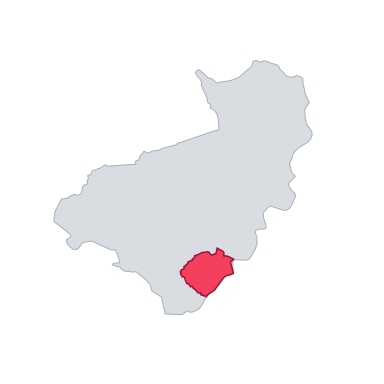 location of Soum, Soum, Burkina Faso, rotated 162°
{"feature_id": "67063806B70466570504467", "entity_name": "Soum", "entity_type": "district", "adm_level": 2, "iso_a3": "BFA", "parent_name": "Burkina Faso", "parent_adm1": "Soum", "projection": "robinson", "projection_center": [-1.051, 14.286], "detail": "fine", "context": "in_parent", "style": "filled", "palette": "rose", "viewbox_px": 384, "rotation_deg": 162, "n_neighbors": 0, "source": "geoboundaries", "source_scale": "gbopen_adm2", "svg_char_len": 7126}
<svg xmlns="http://www.w3.org/2000/svg" viewBox="0 0 384 384"><g transform="rotate(162 192 192)"><path d="M279.8,242.9L270.6,243.3L267.3,244.4L265.3,244.4L265.2,243.5L265.0,242.9L253.4,239.8L245.3,237.9L237.1,235.9L236.7,237.8L235.5,239.0L233.7,239.1L232.5,238.8L231.7,240.3L230.3,242.3L228.4,243.3L226.5,244.5L225.5,245.5L224.7,245.6L222.9,243.0L220.4,242.8L215.7,243.2L213.6,242.5L210.7,242.2L204.0,242.7L193.2,241.7L191.4,242.2L191.0,242.7L180.3,242.8L168.5,242.9L158.6,243.1L150.0,243.2L150.0,242.7L147.3,242.7L146.9,243.5L144.5,253.6L144.2,259.1L145.5,262.5L147.0,264.7L148.6,265.6L148.8,266.8L147.4,268.4L147.6,270.0L149.1,271.7L149.5,273.4L148.7,275.3L148.9,279.7L150.0,286.7L150.0,291.2L148.9,293.3L149.5,296.9L151.6,301.9L151.9,304.0L151.2,305.0L149.4,306.3L147.6,306.3L145.6,303.2L144.6,301.9L143.0,298.8L141.5,295.7L139.6,294.3L137.7,293.1L135.4,289.1L133.2,287.3L130.8,287.8L127.4,287.1L120.5,286.1L113.0,286.4L109.9,287.3L106.9,288.7L99.1,291.9L96.1,293.4L93.7,297.4L91.1,297.3L88.5,296.0L86.8,294.2L83.3,294.6L79.9,292.9L76.6,289.5L74.2,288.3L71.1,285.9L70.2,281.2L68.3,277.9L66.5,273.3L63.8,271.2L60.8,270.1L56.5,270.3L53.7,268.5L51.5,265.8L52.1,263.5L53.1,260.2L53.2,257.0L53.9,251.8L53.5,245.4L52.8,240.9L55.1,239.0L57.9,237.3L59.6,234.3L61.4,227.4L62.1,221.5L61.6,219.3L60.7,217.5L60.0,215.0L59.6,211.8L60.1,209.1L62.1,206.6L64.7,204.5L66.6,203.5L71.4,202.4L77.5,200.9L81.0,199.1L83.6,197.3L85.0,195.9L86.5,193.0L88.8,190.8L90.6,188.5L90.9,182.2L90.9,178.6L89.6,176.7L88.8,175.0L97.9,170.1L97.9,166.6L96.7,162.7L94.9,159.6L94.3,156.9L96.8,153.7L99.0,151.4L100.6,149.3L104.2,146.3L107.8,145.5L111.2,146.6L121.0,153.9L122.7,154.3L124.7,153.8L127.3,151.9L130.7,150.4L131.9,145.5L131.8,138.4L132.6,135.1L134.4,134.5L140.0,135.9L141.5,136.0L143.2,135.5L144.4,134.2L144.3,131.9L144.1,129.9L145.9,123.3L149.3,118.3L156.1,112.1L158.2,110.8L160.7,110.2L172.8,114.5L174.8,113.4L177.8,102.8L181.1,101.8L185.1,101.6L187.7,100.7L189.0,100.0L194.8,96.0L205.0,90.5L210.5,88.1L211.6,87.3L215.5,83.4L220.7,78.9L224.0,78.0L228.6,77.7L231.5,78.4L232.3,79.7L233.3,80.3L239.3,78.4L247.9,81.5L255.3,84.4L254.8,86.3L254.8,89.6L254.2,94.9L253.4,101.2L256.5,105.3L260.2,109.6L261.2,111.3L260.2,115.7L260.9,118.2L262.8,122.4L266.2,127.8L269.6,133.3L271.9,134.0L274.1,134.4L275.5,135.4L277.5,136.4L279.5,137.0L281.2,138.2L282.3,139.4L283.7,142.8L287.6,145.0L290.2,147.3L289.2,148.4L285.8,147.9L282.7,147.0L282.3,148.6L282.2,154.8L282.7,160.0L283.4,160.7L286.6,161.7L294.1,168.4L300.9,174.8L303.2,176.5L307.0,177.1L311.2,177.4L313.0,176.8L317.1,173.6L319.2,173.2L321.2,173.3L322.3,173.8L324.3,176.4L326.1,180.4L326.7,183.3L326.5,184.9L325.9,185.5L322.5,186.2L321.1,186.8L320.7,187.7L321.2,189.7L321.9,190.9L325.6,196.6L330.9,204.3L332.5,206.3L331.6,208.6L328.9,214.6L326.9,217.2L318.1,225.7L313.7,224.7L304.6,226.4L303.2,224.4L301.1,224.2L298.4,224.5L297.4,225.3L297.2,226.1L296.2,227.3L294.5,230.7L293.2,231.5L291.6,232.0L289.6,232.0L288.5,232.4L288.4,234.1L288.1,235.5L286.7,236.3L286.2,237.9L286.3,239.5L285.5,240.2L283.8,239.8L282.8,239.4L281.8,241.5L280.6,242.9L279.8,242.9Z" fill="#d9dde1" stroke="#a8b0b8" stroke-width="1"/><path d="M185.4,130.9L185.5,130.8L185.5,130.7L185.6,130.4L185.7,130.0L185.9,130.0L186.0,129.9L186.1,129.7L186.5,129.1L186.8,128.6L187.3,127.7L187.7,127.0L187.9,126.4L188.1,126.0L188.3,125.8L188.5,125.8L188.8,126.0L189.2,126.0L190.0,126.2L191.8,125.9L192.3,125.8L192.8,125.7L192.9,125.8L193.1,126.3L193.3,126.6L193.6,127.2L193.8,127.8L194.4,129.2L194.6,129.5L194.9,129.8L195.2,130.2L195.5,130.3L195.8,130.5L196.1,130.5L196.8,130.6L197.4,130.5L198.2,130.7L198.6,130.7L199.0,130.8L199.6,130.9L201.0,131.4L201.3,131.4L201.5,131.4L202.2,131.2L203.4,130.8L203.6,130.8L203.9,130.9L204.1,130.9L204.4,130.8L204.6,130.6L204.9,130.6L205.1,130.6L205.6,130.7L206.0,130.7L206.4,130.7L206.8,130.7L207.3,130.5L207.5,130.3L207.6,130.2L207.9,130.1L208.0,130.1L208.3,130.4L208.5,130.6L208.9,130.6L209.1,130.5L209.3,130.3L209.4,130.1L209.6,129.8L209.9,129.1L210.0,128.9L210.7,128.4L210.9,128.3L211.0,128.2L211.4,128.3L211.5,128.3L212.0,128.2L212.3,128.2L212.5,128.2L212.7,127.8L212.7,127.6L212.7,127.3L212.8,127.2L212.9,126.9L212.9,126.7L213.1,126.7L213.3,126.6L213.6,126.6L213.8,126.6L214.3,126.7L214.5,126.9L214.8,127.0L215.1,127.1L215.4,127.1L215.5,127.1L215.9,127.0L216.0,126.9L216.3,126.8L216.5,126.7L216.8,126.6L217.1,126.7L217.4,126.6L217.4,126.4L217.6,126.3L217.7,126.2L217.8,126.0L217.7,125.9L217.8,125.7L218.0,125.7L218.2,125.3L218.3,125.2L218.5,125.1L218.8,125.1L219.1,125.0L219.3,124.9L219.5,124.7L219.8,124.3L220.2,124.3L220.3,124.3L220.5,124.5L220.8,124.4L220.9,124.1L221.0,123.9L221.1,123.7L221.5,123.6L221.9,123.6L222.1,123.7L222.3,123.7L222.5,123.7L222.8,123.5L222.9,123.3L222.9,123.2L222.9,122.8L222.9,122.4L222.9,122.2L223.0,122.0L223.1,121.9L223.3,121.6L223.5,121.4L223.9,121.3L224.1,121.4L224.5,121.3L225.8,121.4L226.0,121.3L226.1,121.2L226.3,121.0L226.4,120.9L226.5,120.8L226.6,120.6L226.8,120.6L227.0,120.6L227.2,120.4L227.3,120.2L227.7,120.0L227.7,119.9L227.7,119.5L227.7,119.4L227.5,119.1L227.5,118.9L227.6,118.7L227.8,118.6L227.8,118.4L227.9,118.2L228.0,118.1L228.0,117.9L228.1,117.7L228.1,117.4L228.2,117.2L228.1,116.9L227.9,116.2L227.8,115.7L227.5,114.6L227.5,114.3L226.9,114.4L226.6,114.3L226.4,114.1L226.1,113.9L225.9,113.6L225.7,113.2L225.5,112.5L225.5,112.2L225.5,111.8L225.6,111.0L225.3,107.0L225.3,106.6L225.2,106.4L224.9,106.4L224.7,106.4L224.4,106.3L224.2,106.2L224.0,105.9L223.8,105.7L223.6,105.5L223.4,105.2L223.4,104.8L223.0,103.7L222.8,102.9L222.8,102.6L222.8,102.4L222.7,102.4L222.3,102.3L221.6,102.2L221.5,102.3L221.4,102.3L221.2,102.2L220.9,101.8L220.7,101.8L220.7,101.7L220.5,101.4L220.5,101.2L220.6,100.7L220.5,100.4L220.6,100.1L220.5,99.9L220.4,99.9L220.3,99.7L220.2,99.6L220.1,99.4L219.9,99.2L219.7,99.1L219.6,98.8L219.5,98.6L219.1,98.2L218.9,97.9L218.8,97.4L218.7,97.4L218.5,97.2L218.4,97.0L218.4,96.8L218.4,96.6L218.2,96.2L218.1,95.7L217.9,95.3L217.8,95.0L217.8,94.8L217.7,94.7L217.8,94.5L217.7,94.6L217.5,94.4L217.4,94.4L217.3,94.2L217.2,94.2L216.9,94.0L216.8,93.9L216.7,93.9L216.0,93.6L215.9,93.5L215.8,93.4L215.7,93.2L215.4,93.0L215.3,92.9L215.2,92.9L215.0,93.0L214.9,93.1L214.9,92.7L215.0,92.5L215.0,92.4L215.1,92.1L215.0,91.8L215.1,91.6L215.1,91.3L215.1,91.2L214.9,91.2L214.7,91.2L214.4,91.0L213.9,90.9L213.7,90.8L213.7,90.7L213.8,90.5L213.7,90.4L213.4,90.3L213.3,90.2L213.2,90.1L213.1,89.9L212.9,89.7L212.5,89.2L212.3,89.2L212.2,89.2L212.2,89.3L212.1,89.2L211.8,88.9L211.5,88.8L211.4,88.8L211.2,88.9L210.9,88.8L210.6,88.0L209.1,89.3L206.9,90.1L203.5,91.0L201.1,91.6L188.4,100.8L185.4,101.8L183.2,101.6L181.8,101.6L180.9,101.6L180.3,101.5L177.7,101.8L177.1,113.4L173.1,115.2L173.2,115.4L173.3,115.4L173.5,115.5L173.7,115.8L175.0,117.1L176.0,118.1L176.8,118.9L177.8,119.8L180.0,121.0L181.4,121.2L181.5,121.3L181.5,121.9L181.2,122.2L181.2,122.3L181.0,122.6L180.9,122.7L180.8,123.0L180.7,123.1L180.7,123.3L180.7,123.5L180.7,123.9L180.6,124.1L180.5,124.4L180.6,124.5L180.6,124.8L180.7,125.2L180.9,125.9L181.0,126.1L181.3,126.4L181.5,126.6L181.8,126.9L183.2,128.4L184.2,129.6L184.8,130.2L185.1,130.6L185.4,130.9Z" fill="#f43f5e" stroke="#9f1239" stroke-width="1.5"/></g></svg>